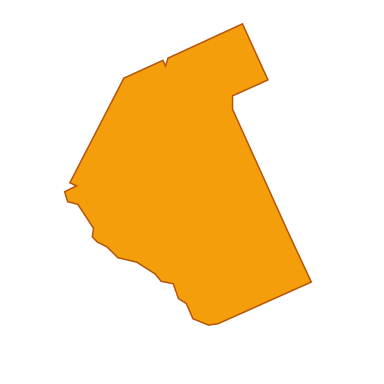 Monroe, Georgia, United States of America (Equal Earth projection), rotated 155°
{"feature_id": "52423323B60708151075896", "entity_name": "Monroe", "entity_type": "district", "adm_level": 2, "iso_a3": "USA", "parent_name": "United States of America", "parent_adm1": "Georgia", "projection": "equal_earth", "projection_center": [-83.869, 33.025], "detail": "fine", "context": "isolated", "style": "filled", "palette": "amber", "viewbox_px": 384, "rotation_deg": 155, "n_neighbors": 0, "source": "geoboundaries", "source_scale": "gbopen_adm2", "svg_char_len": 583}
<svg xmlns="http://www.w3.org/2000/svg" viewBox="0 0 384 384"><g transform="rotate(155 192 192)"><path d="M121.9,60.0L121.9,114.4L121.0,189.5L120.3,249.8L114.6,262.0L75.8,261.5L75.2,323.1L157.1,323.5L162.8,317.4L162.7,323.6L181.5,323.8L205.6,324.0L216.4,315.7L221.4,311.8L298.8,252.0L294.1,246.4L307.3,246.1L308.8,235.8L300.7,229.0L296.6,200.8L301.3,193.5L299.0,186.6L292.3,178.2L286.9,163.7L271.8,151.8L260.1,133.4L257.7,124.1L247.7,116.7L248.2,112.7L249.3,101.0L244.3,93.3L244.7,76.7L233.3,64.4L224.0,61.6L121.9,60.0Z" fill="#f59e0b" stroke="#b45309" stroke-width="1.5"/></g></svg>